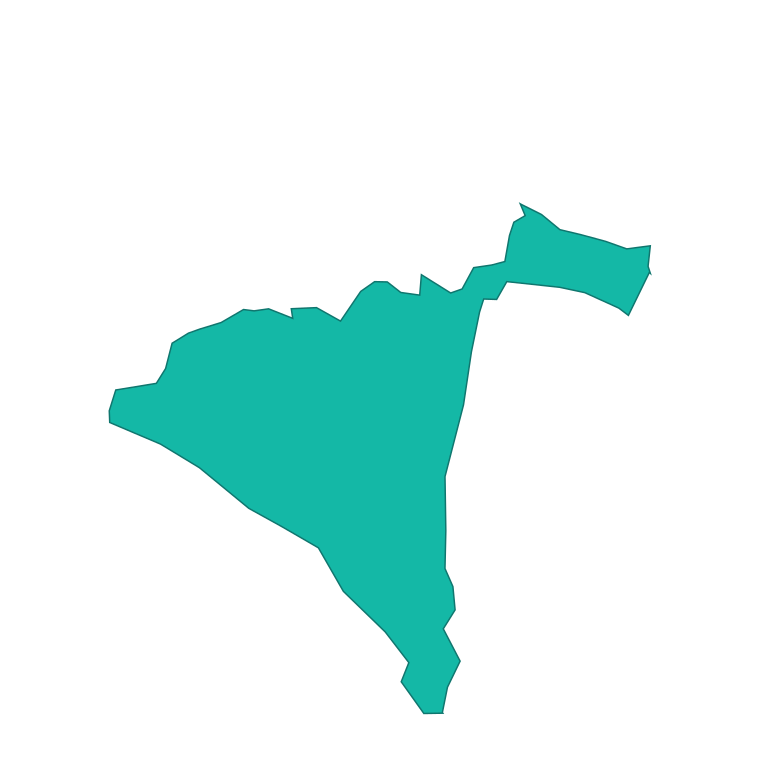 Lempa, Paphos, Cyprus (Equal Earth projection), rotated 122°
{"feature_id": "46923920B20974023634209", "entity_name": "Lempa", "entity_type": "district", "adm_level": 2, "iso_a3": "CYP", "parent_name": "Cyprus", "parent_adm1": "Paphos", "projection": "equal_earth", "projection_center": [32.402, 34.812], "detail": "fine", "context": "isolated", "style": "filled", "palette": "teal", "viewbox_px": 768, "rotation_deg": 122, "n_neighbors": 0, "source": "geoboundaries", "source_scale": "gbopen_adm2", "svg_char_len": 1059}
<svg xmlns="http://www.w3.org/2000/svg" viewBox="0 0 768 768"><g transform="rotate(122 384 384)"><path d="M149.0,216.8L144.3,222.4L125.7,231.4L140.8,249.8L145.6,271.6L152.9,295.7L159.9,316.6L156.8,340.2L158.9,362.3L159.0,363.9L166.4,353.5L178.0,359.6L191.5,356.3L216.1,346.4L226.1,355.8L237.8,369.6L262.0,368.1L271.5,375.7L271.5,399.4L271.5,410.2L289.7,400.8L297.5,418.3L295.7,435.3L302.2,446.2L317.8,452.8L353.7,454.2L355.0,481.7L369.3,502.5L376.7,496.2L381.4,521.7L390.8,532.9L395.3,542.6L418.2,554.7L434.9,569.2L444.5,576.8L461.7,585.3L486.6,577.4L504.1,577.4L531.2,608.3L552.3,602.8L562.0,596.2L557.7,568.9L553.4,541.7L552.8,496.2L561.1,432.7L559.1,395.0L557.7,352.8L581.4,308.5L593.6,251.6L607.1,215.3L627.4,211.6L642.3,175.6L632.0,159.7L631.7,160.4L607.5,169.5L578.7,172.6L560.2,204.0L537.9,204.0L519.3,218.2L508.2,234.5L475.7,253.8L430.2,283.2L359.6,305.5L310.4,326.9L272.3,341.1L259.1,344.5L252.6,333.3L232.1,334.1L208.9,286.3L200.1,262.1L195.2,225.1L196.3,213.1L148.8,218.1L149.0,216.8Z" fill="#14b8a6" stroke="#0f766e" stroke-width="1.5"/></g></svg>